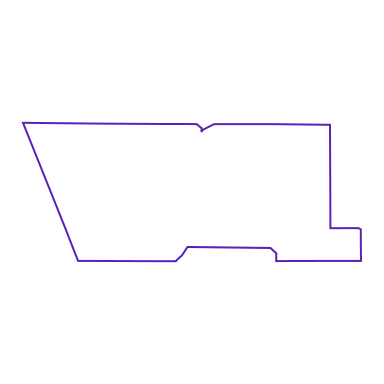 Bernalillo, New Mexico, United States of America (Albers equal-area conic projection)
{"feature_id": "52423323B92421028430791", "entity_name": "Bernalillo", "entity_type": "district", "adm_level": 2, "iso_a3": "USA", "parent_name": "United States of America", "parent_adm1": "New Mexico", "projection": "albers", "projection_center": [-106.564, 35.045], "detail": "fine", "context": "isolated", "style": "outline", "palette": "violet", "viewbox_px": 384, "rotation_deg": 0, "n_neighbors": 0, "source": "geoboundaries", "source_scale": "gbopen_adm2", "svg_char_len": 602}
<svg xmlns="http://www.w3.org/2000/svg" viewBox="0 0 384 384"><path d="M330.3,194.0L330.0,124.8L279.0,124.2L260.7,124.1L246.2,124.1L223.7,124.1L217.4,124.1L215.8,124.1L213.6,124.3L202.6,130.0L201.4,132.0L201.7,128.3L196.7,124.1L195.7,124.1L194.8,124.1L184.3,124.0L173.8,124.0L162.9,124.0L98.8,123.6L23.0,122.8L64.6,226.5L77.9,260.5L78.1,260.9L161.6,261.2L175.9,261.2L176.5,260.3L182.1,255.2L187.5,247.0L270.5,248.0L275.3,252.4L276.3,253.4L276.2,261.1L292.7,261.0L361.0,260.9L360.8,241.6L360.8,229.4L358.5,228.1L333.3,228.2L330.4,228.2L330.3,194.0Z" fill="none" stroke="#5b21b6" stroke-width="2"/></svg>